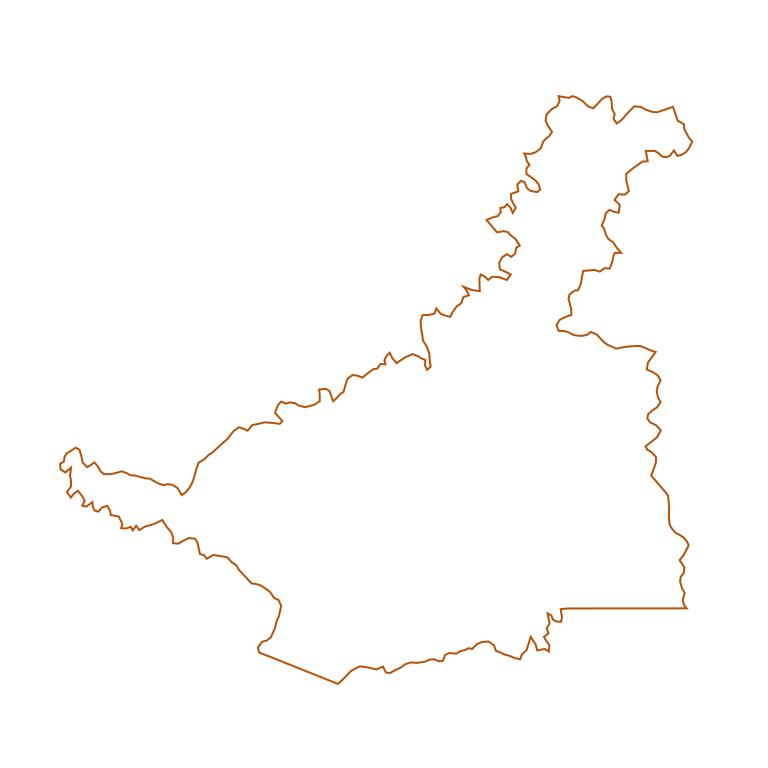 the district of Turvo, Paraná, Brazil, rotated 4°
{"feature_id": "56859067B5145153824108", "entity_name": "Turvo", "entity_type": "district", "adm_level": 2, "iso_a3": "BRA", "parent_name": "Brazil", "parent_adm1": "Paraná", "projection": "orthographic", "projection_center": [-51.495, -24.966], "detail": "fine", "context": "isolated", "style": "outline", "palette": "amber", "viewbox_px": 768, "rotation_deg": 4, "n_neighbors": 0, "source": "geoboundaries", "source_scale": "gbopen_adm2", "svg_char_len": 5826}
<svg xmlns="http://www.w3.org/2000/svg" viewBox="0 0 768 768"><g transform="rotate(4 384 384)"><path d="M228.0,453.4L222.7,458.9L218.2,463.7L213.7,467.3L210.1,471.6L204.6,475.4L202.6,482.4L201.2,490.0L199.4,496.3L197.4,500.6L194.1,505.5L190.0,508.9L185.2,502.1L180.0,499.4L175.0,499.0L170.9,500.3L165.4,498.8L160.5,496.5L157.1,494.7L152.6,494.8L142.1,492.7L137.2,492.7L133.7,490.9L128.4,489.4L123.1,491.4L117.4,493.0L110.9,493.4L107.4,491.0L104.6,486.5L100.5,482.4L97.1,485.4L93.7,487.7L88.8,483.2L87.1,477.1L84.8,470.8L80.8,469.0L76.4,472.6L72.2,475.3L70.4,478.9L70.0,483.9L66.4,486.2L67.4,491.8L72.3,494.5L77.6,489.3L77.2,497.6L78.4,501.6L78.9,507.8L75.3,514.1L79.5,519.1L82.3,515.1L86.0,511.9L90.1,516.2L93.5,521.1L91.5,526.5L95.6,527.0L101.4,522.2L102.0,526.5L104.1,530.5L108.2,531.2L111.0,527.1L116.5,524.8L119.6,529.4L120.6,533.8L124.8,534.2L128.8,534.8L132.8,541.9L131.8,546.1L136.7,546.2L141.3,544.1L143.6,547.5L146.6,542.8L150.1,546.8L155.5,542.9L162.3,540.5L167.2,538.2L172.2,535.1L177.2,541.6L182.2,546.9L184.4,551.9L184.6,557.5L189.9,557.6L194.4,554.6L200.1,551.2L206.3,551.6L208.8,554.8L210.4,560.0L212.3,566.5L216.5,567.3L219.4,570.7L225.7,566.4L234.4,567.3L239.7,567.8L244.6,572.5L249.3,575.0L252.1,579.4L265.9,592.2L269.9,592.4L275.3,593.6L280.2,596.5L284.7,599.3L289.6,605.4L293.6,606.6L296.9,612.4L295.5,622.4L293.4,628.1L292.2,635.3L288.8,644.6L285.1,648.0L280.4,649.6L276.6,655.7L278.2,660.6L292.0,664.9L358.9,686.4L364.1,681.0L370.6,673.2L374.1,670.5L379.8,667.3L387.9,667.9L396.2,669.3L402.7,665.9L406.0,671.6L410.0,672.0L414.5,669.1L420.5,665.7L425.0,661.9L430.2,659.9L436.3,659.9L444.4,658.1L448.5,655.8L453.5,655.1L458.1,656.7L462.0,656.1L463.9,650.0L467.9,647.8L474.7,648.0L479.7,644.8L483.4,643.8L486.6,641.7L490.4,642.1L495.2,636.8L499.8,634.5L505.9,633.6L511.8,636.8L514.5,642.6L518.7,643.5L522.6,645.3L527.9,646.4L534.0,648.4L539.0,649.1L540.4,644.2L544.7,639.7L546.5,632.5L548.0,626.0L550.6,629.6L553.3,633.0L555.5,639.1L562.8,637.1L567.0,639.3L567.2,633.0L563.8,629.0L561.2,624.9L565.5,621.4L563.2,616.2L565.9,611.7L563.2,601.4L567.1,603.2L568.9,607.2L572.5,608.9L577.2,608.8L577.8,604.3L576.0,596.3L582.8,595.1L701.6,586.7L698.8,583.8L697.1,579.0L698.5,571.5L695.3,566.5L693.1,560.4L693.6,555.5L696.2,551.7L696.4,545.9L693.7,542.4L691.1,539.1L694.9,533.7L697.6,527.4L699.2,523.7L697.2,520.0L693.4,516.0L689.5,514.0L685.1,512.0L681.4,508.3L678.6,504.0L677.5,496.9L677.0,488.1L676.2,481.4L675.1,475.5L672.5,472.5L656.9,456.7L658.3,452.4L660.7,443.7L660.5,437.9L655.1,432.9L651.4,431.3L649.2,427.9L656.3,421.6L660.2,417.9L663.4,410.9L658.5,406.3L651.9,403.5L649.0,399.9L649.7,395.5L653.5,391.7L658.0,388.2L661.2,382.8L658.4,378.5L656.6,372.5L657.0,367.9L659.6,361.1L656.4,356.2L651.1,353.3L645.2,351.2L645.8,344.1L648.8,339.4L652.7,333.1L647.2,331.7L641.6,329.7L636.9,328.2L632.0,328.6L627.7,329.2L623.5,329.9L617.9,331.2L613.0,332.6L608.4,330.7L604.1,329.2L600.9,327.2L597.2,324.0L592.9,319.8L586.8,317.7L582.9,320.9L577.8,322.2L574.0,322.2L570.1,322.0L563.8,319.3L559.6,318.6L554.5,318.8L552.0,313.5L554.7,307.8L559.9,304.7L566.0,302.0L565.5,296.2L562.1,286.0L562.9,281.6L567.5,277.6L571.0,276.9L573.4,270.1L574.1,262.3L574.9,257.2L580.4,256.5L585.8,255.5L591.4,256.8L595.9,253.1L601.1,253.1L603.3,245.8L603.8,241.0L605.0,237.2L611.4,236.6L607.0,232.2L602.7,226.7L597.9,223.9L595.2,220.0L592.7,213.8L590.1,210.5L592.4,204.6L593.4,198.1L596.7,194.5L601.6,196.3L606.1,196.8L606.7,188.9L601.2,184.3L604.7,178.4L611.3,178.2L614.8,174.4L611.6,164.7L611.0,157.5L616.9,151.7L621.8,147.8L626.3,144.1L631.5,143.4L628.9,133.1L633.4,133.1L637.7,132.5L641.5,134.4L645.7,137.8L650.3,138.0L653.6,136.0L656.9,130.9L660.8,136.0L665.4,134.3L669.3,131.3L672.0,127.1L674.6,120.6L670.9,116.9L667.9,112.3L665.8,108.7L665.1,104.0L658.7,100.8L652.9,87.4L637.7,93.8L633.3,94.0L625.6,92.0L621.2,89.8L614.3,89.5L606.7,98.5L603.9,102.5L601.0,105.5L598.0,107.9L594.5,103.4L595.3,98.5L592.3,93.8L591.3,85.7L589.7,81.7L585.8,81.6L581.7,84.3L573.8,94.2L569.1,93.3L565.8,90.9L562.5,87.9L555.8,84.6L551.8,83.7L548.5,85.7L543.2,85.2L538.1,84.7L539.5,89.5L537.1,94.9L532.3,98.0L527.3,103.8L526.9,110.2L529.6,115.2L534.0,120.5L531.5,125.2L528.1,128.3L525.8,131.4L524.0,137.9L519.0,142.3L514.1,144.3L507.9,144.3L509.9,148.0L511.0,152.0L513.8,155.0L511.0,159.2L511.4,164.6L516.5,167.5L521.2,170.7L524.4,174.1L526.3,179.1L523.4,181.9L516.3,181.0L512.8,178.4L510.2,172.9L506.5,171.8L503.0,175.7L504.6,182.4L497.5,185.5L497.9,190.7L500.6,195.2L503.2,199.0L500.5,204.3L497.9,199.2L494.3,196.0L491.8,199.3L487.8,200.3L488.4,204.8L485.7,208.6L479.8,210.6L474.8,213.2L477.9,216.5L486.3,224.8L492.4,223.2L496.9,223.8L499.6,226.5L505.1,230.1L509.7,236.5L506.5,238.7L505.8,244.7L502.0,248.3L497.5,245.9L492.8,249.7L490.4,255.1L491.6,261.6L497.5,263.6L502.8,265.9L499.3,271.7L491.8,269.4L484.3,269.5L480.8,273.0L476.6,269.5L472.8,268.1L471.8,272.6L473.1,284.7L465.1,284.1L456.7,281.5L460.2,285.4L462.5,289.6L457.1,291.8L455.4,298.1L451.0,301.7L448.0,306.4L445.2,312.5L439.5,311.2L435.6,310.0L430.9,305.0L429.5,310.2L423.8,312.0L417.7,312.6L416.1,318.8L417.5,327.6L418.9,332.7L419.7,337.7L424.0,343.5L427.1,350.7L427.9,356.5L429.3,363.5L426.1,366.9L423.6,362.6L423.6,357.2L419.7,355.9L416.1,354.0L410.4,352.2L403.1,356.0L395.1,362.3L390.7,357.9L387.4,352.4L384.5,356.0L382.8,360.1L384.0,364.3L379.3,364.2L376.0,369.3L372.3,370.0L366.2,375.1L362.2,379.1L356.3,377.4L351.8,377.4L347.1,381.4L345.4,388.7L344.3,394.6L341.2,396.9L337.2,401.9L334.5,404.8L330.2,394.9L326.4,392.9L319.7,394.0L320.6,398.9L321.1,405.6L315.8,409.7L306.9,412.6L300.4,411.5L296.5,409.3L291.2,408.9L287.8,410.4L282.6,408.8L279.4,412.8L277.4,420.5L280.9,423.9L285.2,428.1L282.7,431.1L277.2,430.6L267.4,430.6L261.3,432.6L255.4,434.2L251.2,440.1L247.7,438.8L242.5,437.2L237.7,441.0L234.3,445.7L232.0,449.4L228.0,453.4Z" fill="none" stroke="#b45309" stroke-width="2"/></g></svg>